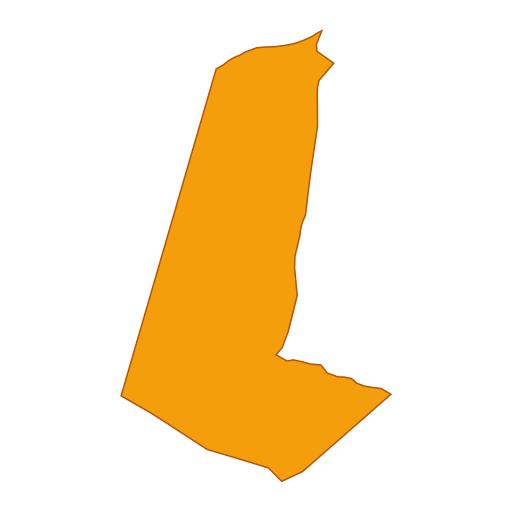 Caiçara do Norte, Rio Grande do Norte, Brazil
{"feature_id": "56859067B38077643015852", "entity_name": "Caiçara do Norte", "entity_type": "district", "adm_level": 2, "iso_a3": "BRA", "parent_name": "Brazil", "parent_adm1": "Rio Grande do Norte", "projection": "albers", "projection_center": [-36.055, -5.18], "detail": "fine", "context": "isolated", "style": "filled", "palette": "amber", "viewbox_px": 512, "rotation_deg": 0, "n_neighbors": 0, "source": "geoboundaries", "source_scale": "gbopen_adm2", "svg_char_len": 794}
<svg xmlns="http://www.w3.org/2000/svg" viewBox="0 0 512 512"><path d="M390.9,394.3L381.1,388.5L371.9,387.4L364.0,386.0L356.7,383.2L351.6,378.6L343.7,377.0L338.0,376.9L327.2,373.0L321.0,365.0L309.7,363.9L302.6,361.8L293.3,359.9L287.0,361.0L281.9,358.1L276.0,354.8L282.2,347.6L288.1,332.0L297.2,295.6L294.6,267.9L294.9,256.6L299.8,235.9L300.6,229.3L302.1,223.0L305.4,215.4L310.3,175.0L317.5,126.4L317.3,93.3L317.5,86.8L319.1,80.3L333.8,63.2L317.0,51.4L316.4,44.4L321.8,30.7L316.8,33.3L312.2,36.4L305.2,39.6L297.8,42.5L291.8,44.1L284.2,45.5L274.8,46.7L265.4,47.0L256.7,47.8L245.7,51.8L239.7,55.2L234.0,57.5L228.3,60.9L223.0,65.1L216.2,68.9L121.1,395.9L152.4,413.9L207.2,449.5L242.6,460.0L268.6,468.0L281.6,481.3L302.5,471.6L390.9,394.3Z" fill="#f59e0b" stroke="#b45309" stroke-width="1.5"/></svg>